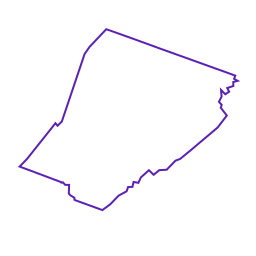 the district of Somerset, Pennsylvania, United States of America, rotated 200°
{"feature_id": "52423323B4372132198351", "entity_name": "Somerset", "entity_type": "district", "adm_level": 2, "iso_a3": "USA", "parent_name": "United States of America", "parent_adm1": "Pennsylvania", "projection": "orthographic", "projection_center": [-79.093, 40.003], "detail": "fine", "context": "isolated", "style": "outline", "palette": "violet", "viewbox_px": 256, "rotation_deg": 200, "n_neighbors": 0, "source": "geoboundaries", "source_scale": "gbopen_adm2", "svg_char_len": 799}
<svg xmlns="http://www.w3.org/2000/svg" viewBox="0 0 256 256"><g transform="rotate(200 128 128)"><path d="M182.2,213.4L191.8,191.3L194.1,182.8L192.4,111.5L195.0,106.0L197.8,107.7L212.3,64.4L216.6,54.7L174.6,54.3L172.4,54.3L172.1,53.9L171.3,54.0L170.6,54.7L167.6,53.1L163.9,54.4L161.2,46.2L159.4,45.1L154.5,44.1L153.8,42.3L152.7,42.1L124.0,42.1L118.5,50.4L113.7,61.2L107.7,68.0L107.7,72.6L103.7,74.2L104.3,79.2L99.5,80.0L99.0,86.0L93.9,95.5L87.9,92.8L84.2,99.1L77.4,102.0L72.2,113.6L68.5,116.7L59.9,131.2L55.9,138.3L43.9,159.2L39.4,173.5L47.7,178.7L47.9,181.8L51.5,183.7L50.8,189.5L53.6,195.6L48.1,193.0L45.4,196.7L48.4,199.5L43.4,203.5L44.8,207.2L41.1,209.8L45.1,210.5L45.1,213.9L124.0,213.6L126.5,213.6L153.4,213.6L154.0,213.6L182.2,213.4Z" fill="none" stroke="#5b21b6" stroke-width="2"/></g></svg>